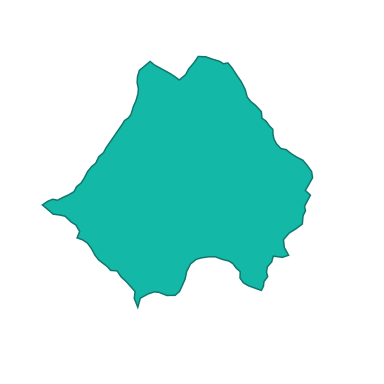 outline of Nova Castilho, São Paulo, Brazil, rotated 307°
{"feature_id": "56859067B49471629499295", "entity_name": "Nova Castilho", "entity_type": "district", "adm_level": 2, "iso_a3": "BRA", "parent_name": "Brazil", "parent_adm1": "São Paulo", "projection": "albers", "projection_center": [-50.35, -20.782], "detail": "fine", "context": "isolated", "style": "filled", "palette": "teal", "viewbox_px": 384, "rotation_deg": 307, "n_neighbors": 0, "source": "geoboundaries", "source_scale": "gbopen_adm2", "svg_char_len": 1706}
<svg xmlns="http://www.w3.org/2000/svg" viewBox="0 0 384 384"><g transform="rotate(307 192 192)"><path d="M316.7,143.0L313.3,139.9L313.0,135.4L310.4,128.4L308.3,121.7L304.0,115.4L296.8,115.8L288.3,115.3L281.9,116.3L273.8,114.4L273.8,108.9L273.4,103.0L270.8,85.4L271.1,80.0L257.5,76.8L251.4,79.0L246.4,82.3L242.1,87.1L238.0,89.7L231.2,92.3L224.9,93.8L217.1,96.6L212.7,96.6L208.5,95.1L203.8,95.6L175.4,96.8L170.1,97.7L164.2,96.3L157.1,97.8L152.2,96.6L145.7,96.3L138.0,97.6L132.3,98.0L126.9,96.6L121.3,97.6L115.7,95.3L109.9,92.1L104.5,89.6L102.4,85.1L97.6,82.3L91.6,80.3L91.1,89.8L90.7,94.3L94.1,100.4L96.3,105.3L95.3,113.7L95.8,119.1L92.8,126.1L86.2,127.8L87.9,133.2L88.3,139.2L86.2,146.0L83.1,152.7L81.6,158.5L81.5,163.3L81.5,169.2L80.4,174.2L83.9,179.6L81.6,186.3L80.8,194.0L78.2,206.5L72.4,209.8L67.3,218.1L76.1,214.6L84.2,218.3L89.7,222.1L92.1,226.3L94.2,234.1L99.3,240.7L105.0,241.9L110.6,240.7L118.3,238.9L125.3,235.6L133.5,234.1L140.8,235.9L144.8,238.9L150.4,244.4L154.3,249.6L156.4,256.7L159.1,263.1L159.4,267.9L157.9,272.9L157.4,278.4L152.1,282.2L150.4,287.7L151.1,293.7L153.7,302.0L155.1,306.6L159.7,305.8L163.7,303.4L169.9,303.4L172.9,299.7L177.5,297.2L184.1,297.7L189.7,295.5L194.2,303.5L199.6,307.2L203.3,299.0L209.0,293.7L217.7,294.3L225.6,297.3L232.8,299.4L239.8,295.0L245.2,294.0L248.3,290.5L254.2,289.5L260.7,288.5L261.5,281.5L268.7,280.7L276.0,279.7L280.3,275.2L282.4,268.5L284.1,261.5L282.9,254.9L282.3,247.9L282.5,241.7L280.2,236.7L281.4,230.3L283.6,225.6L286.5,222.3L290.7,218.8L291.4,213.8L293.1,208.8L293.1,203.5L297.9,199.0L299.4,190.8L299.6,184.7L301.0,179.0L305.9,172.7L309.7,165.0L312.2,157.5L315.1,149.5L316.7,143.0Z" fill="#14b8a6" stroke="#0f766e" stroke-width="1.5"/></g></svg>